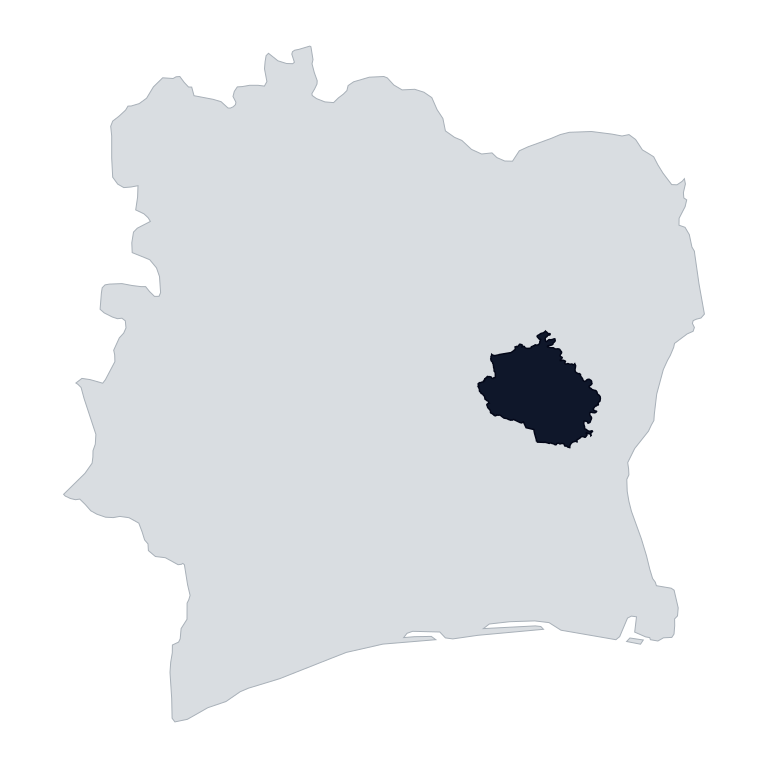 location of Iffou, N'zi-Comoé, Ivory Coast
{"feature_id": "98640826B12556457947993", "entity_name": "Iffou", "entity_type": "district", "adm_level": 2, "iso_a3": "CIV", "parent_name": "Ivory Coast", "parent_adm1": "N'zi-Comoé", "projection": "mercator", "projection_center": [-4.013, 7.499], "detail": "fine", "context": "in_parent", "style": "filled", "palette": "ink", "viewbox_px": 768, "rotation_deg": 0, "n_neighbors": 0, "source": "geoboundaries", "source_scale": "gbopen_adm2", "svg_char_len": 9612}
<svg xmlns="http://www.w3.org/2000/svg" viewBox="0 0 768 768"><path d="M128.0,106.1L131.2,106.0L139.2,103.6L146.6,98.2L153.4,86.9L162.7,77.8L173.1,78.5L176.1,76.8L179.8,76.5L184.2,82.4L188.5,87.0L191.7,87.1L194.0,95.7L213.0,99.3L221.1,101.7L228.0,108.0L230.3,108.1L233.2,106.8L235.5,104.6L235.9,102.2L233.0,96.5L234.3,91.4L237.3,86.9L242.2,86.6L249.6,85.3L258.1,85.3L264.4,86.1L266.9,81.6L264.5,68.8L265.1,61.7L266.1,55.7L268.5,53.3L277.9,60.8L286.5,63.5L292.7,63.7L294.4,62.3L291.8,54.1L292.5,51.7L294.7,50.2L298.8,49.4L309.8,46.1L310.9,46.7L313.0,59.6L312.0,63.8L314.3,72.6L317.2,80.7L317.0,84.0L314.6,89.0L311.9,93.6L312.2,95.5L316.5,98.6L324.9,101.9L333.6,102.6L338.4,97.9L343.4,94.1L346.9,90.6L348.1,85.6L353.6,81.8L369.3,77.2L383.8,76.5L387.3,77.9L393.8,85.0L402.1,89.9L414.7,89.3L423.9,92.2L431.8,97.6L437.1,109.7L442.9,118.5L445.4,130.9L454.6,137.4L461.8,140.4L471.5,149.4L481.6,154.0L492.0,152.9L496.9,157.6L504.7,161.0L512.5,161.2L519.3,150.8L528.3,146.7L551.2,138.4L560.2,134.6L569.4,132.3L591.4,131.5L611.9,134.1L622.0,136.0L629.0,134.6L635.6,139.5L642.4,149.9L648.0,153.2L653.7,156.8L657.9,164.9L662.9,173.0L665.6,176.6L671.7,184.6L677.0,184.8L682.2,181.3L684.4,178.7L685.4,184.0L683.4,192.6L683.8,197.9L686.7,199.9L685.1,206.7L679.1,218.3L679.0,225.2L685.0,227.3L689.3,234.6L691.9,247.0L694.4,251.2L694.7,253.8L699.0,283.9L704.4,314.1L701.0,318.0L696.3,319.2L693.2,320.6L692.4,323.4L694.4,327.5L693.1,331.3L687.2,333.9L674.5,343.4L673.7,347.3L670.3,355.4L667.5,360.4L663.3,369.6L656.7,394.1L654.3,414.3L653.9,420.5L651.4,424.9L648.5,431.1L634.7,448.5L627.7,462.6L628.6,468.8L628.9,474.9L626.8,479.4L627.2,491.3L628.9,501.3L631.4,511.2L641.4,538.9L646.5,555.8L649.8,569.3L652.6,578.5L655.3,582.2L656.4,585.7L671.2,588.2L674.1,590.2L678.2,607.9L677.5,615.9L674.6,618.9L674.7,625.7L674.0,634.1L671.8,637.4L663.5,637.8L657.9,641.0L650.4,639.7L649.7,637.6L645.7,636.9L634.7,632.1L636.5,616.8L631.4,616.1L627.5,618.1L619.7,636.6L615.9,639.7L561.0,630.2L549.0,622.6L534.7,620.9L509.8,621.7L489.3,624.0L483.4,628.6L535.3,625.9L540.8,626.5L543.5,629.3L477.9,635.3L452.8,638.9L445.4,637.9L439.8,632.0L412.6,631.3L407.0,633.3L403.7,637.6L414.4,636.7L431.3,636.4L435.8,639.7L382.9,644.1L346.3,652.4L330.7,658.5L279.6,678.7L248.4,688.2L240.2,691.7L226.0,701.5L207.8,707.7L187.4,719.3L174.9,721.9L172.1,718.2L171.7,698.6L170.0,672.4L170.7,662.3L172.3,652.8L172.4,645.0L178.6,642.1L180.2,638.8L181.1,628.6L187.0,619.3L187.1,603.1L188.8,599.7L190.1,595.4L187.6,584.8L184.4,564.7L182.8,563.4L181.4,564.3L178.1,564.7L165.3,557.7L155.4,556.5L148.4,550.6L148.0,543.9L144.6,539.9L142.2,532.1L138.8,523.1L129.0,517.7L119.8,516.4L113.3,517.6L105.6,517.2L96.9,514.2L90.8,510.8L85.1,504.3L79.8,499.1L75.5,499.7L70.4,498.5L65.3,496.1L63.6,494.3L84.9,473.4L92.1,463.2L92.9,457.0L93.0,450.7L95.3,444.2L95.9,434.4L84.1,398.6L81.1,387.5L77.9,384.3L75.9,383.0L81.9,378.4L90.1,379.6L102.7,383.2L105.4,379.7L114.9,361.6L114.7,354.9L113.7,350.2L119.3,337.9L123.7,333.1L126.0,327.9L125.3,320.8L121.9,318.2L117.5,318.7L112.3,317.0L104.2,312.9L100.1,309.3L101.4,292.9L102.2,287.8L105.0,284.9L109.4,284.1L121.9,283.6L132.0,285.5L140.8,286.6L145.6,286.6L149.4,291.4L154.5,296.4L159.0,296.3L160.6,292.7L159.5,276.5L156.5,267.9L149.7,259.7L132.2,252.6L131.8,242.8L133.5,232.1L137.3,228.2L150.4,221.4L148.1,217.7L143.9,213.8L135.7,209.9L137.6,197.1L138.0,185.7L131.0,187.0L123.8,187.6L117.7,184.1L112.7,177.2L111.7,158.1L111.7,136.0L110.7,126.3L112.7,121.1L118.9,116.3L125.6,110.1L128.0,106.1ZM643.3,640.0L640.5,644.2L626.6,641.5L629.9,638.0L643.3,640.0Z" fill="#d9dde1" stroke="#a8b0b8" stroke-width="1"/><path d="M479.5,391.2L479.8,391.6L480.9,392.4L480.9,393.0L481.1,393.3L481.5,393.6L482.6,393.9L483.3,395.1L484.2,395.9L484.7,397.1L485.0,398.9L485.2,399.4L485.6,399.6L486.0,399.6L486.8,400.6L487.7,400.8L488.3,401.5L488.5,402.4L489.2,403.2L488.7,403.4L488.1,403.7L487.6,403.8L487.0,404.3L486.8,404.8L487.0,405.4L487.4,406.3L487.7,407.4L488.2,408.1L489.9,409.9L490.6,411.6L490.5,412.2L490.5,412.5L491.0,413.1L491.5,413.4L492.8,413.7L492.9,414.3L493.7,414.7L493.9,414.7L494.0,415.3L495.1,415.8L495.6,415.8L496.0,415.5L496.4,415.4L496.7,414.9L497.1,415.1L498.6,415.2L499.4,415.0L500.6,415.4L501.3,416.1L504.0,418.1L505.3,418.3L505.5,418.4L506.2,418.4L506.6,418.6L507.3,418.6L508.1,419.3L510.5,420.1L510.8,420.2L511.4,420.0L512.4,420.1L513.1,419.6L513.7,419.5L520.2,422.6L520.6,422.7L521.1,422.7L521.6,422.9L521.8,422.9L522.6,422.2L523.4,421.9L526.1,427.7L533.8,429.5L534.1,430.0L534.0,430.8L534.3,431.9L534.4,432.8L536.2,439.2L536.4,440.0L536.4,440.9L537.1,441.2L537.4,442.1L544.4,442.4L544.7,442.1L545.2,442.1L546.0,442.6L547.2,442.7L548.3,443.2L549.4,443.4L549.9,443.2L550.1,443.0L550.4,442.9L551.2,443.0L552.2,443.6L552.9,443.5L553.5,443.7L554.5,444.5L555.8,444.8L556.4,444.5L556.7,443.5L558.4,443.1L558.8,443.2L559.5,443.8L560.0,443.9L560.7,443.8L561.2,443.5L562.6,443.5L563.3,443.6L564.1,444.1L564.6,445.6L565.0,446.1L566.6,446.0L567.5,446.9L568.1,447.2L568.9,447.3L569.4,447.6L569.8,447.6L569.8,446.2L570.2,444.9L571.3,443.2L572.7,442.1L575.3,441.3L575.9,441.4L577.0,441.9L577.1,441.4L576.8,440.1L577.1,439.8L579.9,438.1L581.1,436.9L581.7,436.6L582.8,436.6L584.2,437.0L584.8,437.3L585.3,437.2L586.0,436.5L586.6,435.4L587.1,434.9L586.8,434.2L586.2,433.7L586.1,433.4L586.1,433.1L586.5,432.6L587.0,432.6L587.9,433.3L588.7,433.7L589.6,433.8L590.1,434.0L590.8,435.0L590.8,435.7L591.2,435.4L590.6,433.7L591.6,432.2L592.5,431.6L592.4,431.1L592.1,430.8L591.0,430.9L590.8,431.0L590.7,431.4L590.2,431.5L589.5,431.4L589.1,431.1L588.4,431.0L587.9,430.8L586.0,429.3L585.3,429.1L584.8,428.6L584.6,428.6L584.6,426.8L583.7,423.9L584.0,421.7L584.1,421.2L584.4,420.9L585.2,420.9L586.1,421.4L587.0,421.5L587.4,421.7L587.7,422.0L587.8,422.9L588.1,423.2L589.6,422.6L590.1,422.2L590.8,420.1L591.2,419.4L591.6,418.0L591.0,416.5L590.1,415.7L589.9,415.2L589.7,414.1L589.8,413.0L590.2,412.4L591.3,412.2L592.6,412.6L594.6,412.8L595.6,412.5L596.3,411.9L596.6,411.4L596.5,411.2L595.4,411.1L594.7,410.5L593.7,410.2L593.2,409.1L593.3,408.8L594.5,407.0L596.0,405.6L596.2,405.9L596.4,405.9L597.1,405.2L597.3,405.0L597.8,405.0L597.8,404.7L598.3,404.7L598.4,404.1L598.0,403.3L599.1,401.7L599.7,401.4L600.0,401.0L600.3,399.0L600.4,398.3L600.1,396.5L599.0,395.1L598.0,394.5L597.4,393.7L597.1,392.9L597.1,392.5L596.9,391.9L596.2,390.9L595.6,390.5L594.0,390.2L592.3,389.6L591.8,389.3L591.0,388.4L590.4,388.1L590.1,388.2L589.2,387.2L589.1,386.6L589.4,385.8L590.1,385.6L591.0,384.9L591.6,384.2L592.0,383.6L591.6,382.3L591.6,381.3L591.1,380.5L589.3,379.3L588.3,379.3L587.7,379.4L586.9,379.8L585.8,381.0L585.5,381.1L584.5,381.4L584.0,381.2L582.9,380.2L582.8,379.3L582.3,378.3L580.6,376.1L580.5,375.7L580.6,374.9L580.4,374.4L579.6,373.7L579.1,373.5L578.3,373.7L577.9,373.6L577.2,373.1L576.1,372.5L575.9,372.2L575.4,371.8L575.1,370.7L575.0,369.0L575.4,367.8L575.4,367.3L575.2,366.9L575.7,366.0L575.1,364.4L574.8,364.2L574.7,363.8L574.0,364.5L573.6,364.7L572.9,364.7L572.7,364.7L572.2,364.1L571.9,364.0L570.8,364.1L570.1,364.4L568.2,363.6L567.5,363.6L566.5,364.0L565.8,364.0L565.2,363.9L564.7,363.0L564.8,362.5L565.1,362.2L565.4,361.7L565.4,361.2L565.2,361.1L563.8,360.4L563.2,360.3L562.5,360.3L561.2,360.7L560.8,360.7L560.3,360.6L560.3,359.9L560.8,359.5L561.3,358.8L561.7,358.7L561.9,358.1L562.2,357.7L562.0,357.3L560.4,356.4L560.0,355.8L560.4,354.4L561.1,353.7L561.6,352.8L561.4,351.5L560.5,350.8L559.9,349.6L559.5,349.2L558.5,348.9L556.9,348.8L556.5,349.1L555.8,349.1L554.2,348.4L553.5,347.8L550.5,347.7L549.4,347.5L548.7,347.1L547.9,347.0L547.5,346.8L547.4,346.4L547.5,346.0L548.1,345.6L549.0,345.6L549.9,345.3L550.8,345.3L552.1,344.8L552.8,344.3L553.0,343.9L552.9,343.4L552.9,343.2L553.8,342.5L554.9,341.4L555.2,340.6L555.0,339.7L555.0,339.1L554.9,338.9L554.2,338.8L552.3,339.5L550.7,339.8L549.7,339.6L548.9,339.7L548.0,340.4L546.7,341.6L546.3,341.6L545.9,341.4L545.7,341.2L545.1,338.7L545.6,337.5L546.0,337.1L546.7,336.8L548.0,335.2L549.7,335.0L550.1,334.5L550.1,334.0L550.0,333.7L549.6,333.6L548.7,333.6L548.0,333.5L546.5,331.9L545.8,331.7L545.5,331.1L545.1,331.5L543.6,332.7L542.8,333.0L541.1,333.4L540.2,333.9L539.4,334.6L537.8,335.4L537.1,336.1L537.2,336.7L539.2,339.0L539.4,339.2L539.8,339.2L540.6,339.5L540.3,339.9L540.3,340.8L539.9,341.3L539.8,341.7L539.8,342.5L539.6,343.3L538.7,344.5L538.0,344.9L537.1,345.0L536.5,345.2L535.7,344.9L535.1,344.8L534.6,345.6L533.4,345.8L532.6,346.4L531.4,346.7L531.3,347.6L530.9,347.9L529.6,348.3L527.1,348.4L526.0,348.2L525.5,348.1L524.9,347.5L524.4,346.6L523.8,346.3L522.0,346.9L522.2,345.4L522.1,344.9L521.8,344.7L521.4,344.7L520.7,344.3L520.3,344.4L519.5,344.3L518.9,345.3L518.1,346.1L517.8,346.7L517.4,346.8L516.7,346.4L516.0,346.7L515.1,346.9L515.3,348.9L515.2,349.6L514.2,350.1L514.0,350.5L511.0,352.6L500.2,354.4L500.3,354.5L494.4,355.7L493.8,355.3L493.3,355.4L492.5,355.1L491.7,354.4L491.6,355.0L491.8,355.0L491.0,356.7L490.9,356.9L491.2,357.6L490.7,358.9L491.0,359.6L491.0,360.2L491.5,361.2L492.0,361.5L492.6,362.5L492.7,363.2L493.4,364.5L493.4,365.6L493.7,367.0L493.6,367.5L493.9,368.2L494.2,370.0L494.1,370.9L494.2,371.2L495.0,371.9L495.1,372.6L495.3,372.9L495.4,377.1L494.9,377.6L494.0,377.6L493.1,378.5L492.9,378.3L492.3,378.4L491.6,378.2L491.3,377.2L490.8,376.9L489.4,376.6L488.7,376.8L487.7,376.4L487.5,376.5L487.2,376.6L487.0,377.1L486.6,377.3L486.5,377.8L486.0,377.8L485.3,378.6L484.8,378.7L484.7,379.7L484.3,379.9L484.3,380.1L484.5,380.7L483.6,380.9L483.7,381.4L483.6,381.6L482.6,382.1L482.3,382.0L481.4,382.3L480.6,382.7L479.7,382.6L478.9,383.1L478.1,383.9L478.2,384.4L478.7,385.0L478.1,386.0L478.8,386.0L478.8,386.9L478.5,387.5L479.3,388.7L479.5,391.2Z" fill="#0f172a" stroke="#020617" stroke-width="1.5"/></svg>